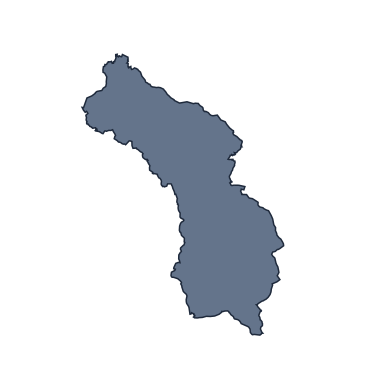 Negrilesti, Bistrita-Nasaud, Romania (orthographic projection), rotated 146°
{"feature_id": "2599482B55154264149060", "entity_name": "Negrilesti", "entity_type": "district", "adm_level": 2, "iso_a3": "ROU", "parent_name": "Romania", "parent_adm1": "Bistrita-Nasaud", "projection": "orthographic", "projection_center": [24.048, 47.317], "detail": "fine", "context": "isolated", "style": "filled", "palette": "slate", "viewbox_px": 384, "rotation_deg": 146, "n_neighbors": 0, "source": "geoboundaries", "source_scale": "gbopen_adm2", "svg_char_len": 6069}
<svg xmlns="http://www.w3.org/2000/svg" viewBox="0 0 384 384"><g transform="rotate(146 192 192)"><path d="M239.5,310.9L239.7,309.1L240.3,308.9L240.6,307.9L241.1,307.6L241.1,307.2L240.1,306.2L240.4,305.7L239.9,304.6L240.0,303.5L239.0,302.1L239.1,301.6L238.8,301.4L238.7,300.4L236.0,299.2L236.2,298.3L236.5,298.0L235.7,297.6L236.1,296.4L237.9,296.9L237.9,296.7L235.1,293.9L233.7,290.7L233.1,290.1L230.5,291.3L229.9,291.3L229.0,290.2L226.5,289.6L224.9,288.4L223.0,288.0L223.4,286.3L223.5,283.1L223.8,281.6L225.0,281.1L226.7,279.7L225.3,276.5L225.0,274.5L224.5,274.2L223.4,272.8L223.1,271.5L222.2,270.1L221.1,269.5L220.6,268.3L215.5,269.5L214.7,268.9L213.6,267.5L215.8,264.0L216.5,261.2L213.5,259.5L213.8,258.8L213.0,257.3L212.2,254.1L211.4,253.0L211.2,251.1L212.3,250.6L213.0,249.3L213.4,248.0L212.7,245.7L212.0,244.4L211.0,244.3L210.8,242.9L211.7,243.0L211.9,242.8L211.9,240.3L212.2,240.1L212.2,237.4L213.6,236.0L214.9,233.8L213.5,230.2L213.6,229.9L214.3,229.7L214.3,229.4L213.7,228.6L212.7,228.1L210.8,226.0L211.3,225.2L211.6,222.3L210.9,221.2L210.9,219.3L211.3,218.0L213.1,215.9L213.4,215.0L213.4,214.1L213.0,213.3L213.3,213.2L213.3,212.9L212.1,212.3L212.0,211.7L209.7,211.0L207.7,212.4L204.9,210.5L204.7,210.0L205.1,208.9L205.1,207.8L205.8,205.9L206.5,202.0L207.5,199.6L206.7,199.3L207.9,194.5L208.4,194.3L210.0,192.4L210.3,191.6L210.4,189.9L210.9,189.8L210.7,188.6L212.4,186.6L213.3,184.7L213.5,183.8L213.6,181.2L215.9,178.0L215.8,176.5L214.6,174.4L214.4,173.9L214.5,173.4L214.8,172.9L216.1,172.7L217.5,172.9L219.0,172.4L221.3,170.7L223.9,167.3L224.4,165.5L224.0,164.9L224.1,164.4L225.0,161.8L224.2,158.6L224.3,157.7L226.4,155.0L226.1,154.3L228.2,152.6L229.0,152.7L232.7,152.0L233.3,151.4L233.7,150.7L233.7,149.5L234.1,148.6L235.5,148.4L238.1,147.2L240.5,143.9L240.6,142.6L241.5,140.1L242.7,141.3L245.4,141.9L249.3,139.5L250.1,138.6L249.0,137.3L250.2,136.6L253.9,137.0L256.0,134.7L256.4,133.4L256.2,132.5L254.9,131.5L252.3,128.1L251.4,125.0L251.3,123.0L251.5,122.6L252.7,122.1L252.9,119.9L253.5,118.9L254.8,114.5L254.6,113.1L253.9,110.4L254.3,108.6L257.0,106.0L258.1,104.2L258.7,102.7L258.8,99.4L259.1,97.9L262.0,91.8L260.9,91.4L259.8,92.1L259.1,90.4L258.6,90.2L258.6,89.8L259.1,89.6L259.2,89.0L258.7,88.4L258.9,87.7L260.7,87.5L260.2,86.2L257.7,84.4L256.4,83.9L253.5,82.2L249.6,80.9L246.5,78.6L242.5,76.5L237.9,75.5L235.0,75.7L233.9,76.3L233.6,75.7L231.4,75.0L229.1,73.6L228.4,72.4L228.7,71.3L228.3,70.6L228.4,68.6L227.4,65.7L227.8,63.4L227.7,63.0L225.6,60.8L225.2,60.1L224.7,58.7L224.6,57.4L224.8,55.4L221.0,49.4L220.5,48.2L220.6,45.8L222.2,42.8L221.9,40.3L221.7,39.9L220.0,39.1L215.7,35.4L214.0,35.5L213.2,35.9L212.3,35.4L212.5,36.8L211.9,40.1L210.5,41.5L208.4,41.8L207.2,43.4L207.1,44.2L206.5,45.3L206.7,47.8L206.9,47.9L205.8,50.3L205.8,51.6L205.5,52.5L202.5,54.6L201.5,54.4L200.9,54.7L200.9,55.6L201.3,55.7L201.4,56.3L201.2,57.1L201.6,59.5L201.5,61.6L201.7,62.5L200.7,62.1L199.7,62.5L195.1,62.4L193.5,61.9L192.4,62.0L190.8,61.7L187.9,62.1L184.7,63.3L182.4,65.0L180.5,67.2L177.3,69.7L176.9,71.0L171.7,70.0L168.1,70.2L168.2,74.9L164.9,76.7L162.7,81.9L162.5,84.3L162.1,86.2L160.4,90.6L160.3,91.4L160.9,93.6L160.8,95.8L158.7,97.1L156.2,96.2L153.4,96.6L152.5,96.1L150.7,96.0L146.1,96.2L145.2,97.9L144.9,99.8L144.7,103.3L145.5,105.6L145.7,108.7L144.9,110.5L144.4,113.3L142.6,115.8L142.5,119.1L140.2,124.5L139.5,128.2L139.0,133.7L140.3,135.3L141.7,137.9L142.0,139.3L144.1,141.6L144.5,143.0L144.5,144.4L144.0,145.3L143.2,146.0L143.0,146.6L145.6,152.7L147.9,154.9L148.1,155.7L148.2,159.4L152.1,162.1L151.5,162.9L151.7,163.4L151.3,164.4L151.3,165.4L150.9,165.9L150.3,166.0L149.6,166.8L147.8,164.8L145.1,166.9L149.4,171.4L153.6,174.3L155.4,175.1L155.9,176.2L155.5,177.0L155.6,178.4L155.0,178.4L154.4,178.8L153.7,178.0L153.2,178.0L153.2,178.4L153.7,178.8L153.4,179.0L153.4,180.7L153.0,181.7L153.1,182.5L152.2,184.2L149.4,185.5L147.9,186.8L146.1,187.5L145.0,188.7L141.9,190.1L141.8,190.6L139.8,192.4L139.2,193.6L139.9,194.1L139.8,194.9L140.5,195.7L140.0,195.7L139.8,196.2L143.1,198.2L143.8,199.0L140.4,200.4L139.9,201.0L139.0,200.5L138.3,200.9L138.0,199.5L136.8,199.5L136.9,199.8L136.3,199.6L135.9,198.9L134.9,199.1L134.8,200.9L134.1,200.2L133.0,199.7L130.8,200.4L128.1,200.5L127.0,201.2L126.4,202.0L125.5,201.6L125.6,202.1L125.2,202.3L125.2,202.6L124.9,203.0L125.2,203.3L122.4,205.4L122.0,206.1L122.4,206.7L122.1,207.1L123.1,208.7L123.2,209.1L123.0,209.3L123.2,209.7L123.8,212.9L125.5,216.3L125.1,218.1L124.2,218.2L124.2,218.7L123.7,219.0L123.4,219.7L123.9,220.4L125.0,224.1L125.4,228.7L125.2,231.6L127.8,235.6L128.0,241.6L132.0,243.5L133.3,244.8L133.9,246.4L134.1,248.7L135.5,251.2L136.1,251.2L136.8,251.9L136.7,252.7L136.9,253.5L135.9,255.6L136.0,256.7L137.0,259.0L137.3,260.8L137.2,261.8L139.5,263.7L141.5,264.5L145.7,269.6L152.6,272.7L155.5,277.8L155.3,278.1L155.3,278.6L156.8,281.7L156.9,282.7L157.2,283.3L157.3,284.6L157.9,286.6L157.8,290.4L158.1,291.4L158.1,293.2L159.8,296.1L161.4,297.6L163.1,298.5L165.1,300.5L165.6,300.7L166.8,302.4L166.7,304.9L167.7,305.9L167.9,307.2L168.9,308.7L168.9,309.3L168.3,311.1L168.8,316.0L167.7,320.2L168.4,322.7L168.4,324.1L168.7,324.3L169.0,325.4L169.3,325.5L170.2,327.0L172.7,327.0L173.6,327.4L173.1,329.4L172.5,330.3L173.1,330.5L173.4,330.0L175.1,330.4L174.6,331.4L175.0,331.7L173.1,334.2L173.9,335.3L173.1,335.4L172.6,335.9L171.6,336.1L171.5,336.4L171.9,336.9L171.2,337.8L170.6,337.8L170.2,339.0L169.7,339.5L172.8,344.9L174.7,343.5L176.3,345.1L176.4,345.3L176.1,345.5L176.3,345.7L177.5,345.2L177.7,345.6L177.4,345.8L178.2,346.8L177.0,348.0L178.4,348.6L179.4,347.1L179.7,346.1L181.0,344.9L182.4,344.2L183.2,343.3L184.0,343.9L184.5,343.8L185.1,342.7L186.2,343.3L185.8,345.4L187.0,345.6L188.6,346.8L189.0,346.3L190.2,346.3L191.3,345.6L192.1,345.7L192.9,346.4L194.2,345.0L195.3,345.5L197.6,343.0L198.8,340.9L197.9,339.5L198.3,335.1L201.4,331.4L202.4,329.7L204.5,327.7L207.5,327.7L210.0,326.6L214.5,328.5L216.5,328.4L217.1,327.9L221.4,327.7L226.5,328.7L234.7,322.6L235.8,323.6L236.2,320.6L236.0,317.8L234.3,317.8L234.3,315.4L237.0,315.0L237.4,314.2L237.8,312.8L239.5,310.9Z" fill="#64748b" stroke="#1e293b" stroke-width="1.5"/></g></svg>